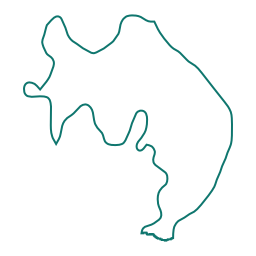 Santo Domingo Oeste, Santo Domingo, Dominican Republic (Equal Earth projection)
{"feature_id": "3306468B81365020570437", "entity_name": "Santo Domingo Oeste", "entity_type": "district", "adm_level": 2, "iso_a3": "DOM", "parent_name": "Dominican Republic", "parent_adm1": "Santo Domingo", "projection": "equal_earth", "projection_center": [-70.016, 18.468], "detail": "fine", "context": "isolated", "style": "outline", "palette": "teal", "viewbox_px": 256, "rotation_deg": 0, "n_neighbors": 0, "source": "geoboundaries", "source_scale": "gbopen_adm2", "svg_char_len": 3450}
<svg xmlns="http://www.w3.org/2000/svg" viewBox="0 0 256 256"><path d="M154.3,21.6L150.7,21.6L148.3,21.2L146.0,20.2L140.8,17.0L138.4,16.1L135.9,15.6L132.0,15.4L129.5,15.6L127.0,16.2L125.8,16.8L123.8,18.5L122.9,19.5L121.5,21.9L120.5,24.6L119.2,31.6L118.4,33.9L113.3,41.2L111.6,42.7L103.8,48.5L96.4,52.4L94.4,53.1L93.4,53.2L91.3,52.8L83.0,48.3L76.9,43.9L72.6,41.1L70.7,39.3L69.1,37.2L67.7,34.7L65.4,27.7L61.7,19.4L61.1,18.3L60.3,17.4L59.3,16.8L58.2,16.4L57.1,16.4L56.0,16.6L54.0,17.7L51.3,20.2L46.9,25.1L46.2,27.2L44.3,34.6L42.6,39.5L42.2,42.1L42.4,43.4L42.7,44.7L43.5,47.1L46.2,52.9L46.9,53.9L47.7,54.7L51.2,57.3L52.7,59.1L53.7,61.4L53.9,62.7L53.9,64.0L53.4,66.5L50.6,74.2L49.5,76.9L48.0,79.4L46.4,81.7L40.1,89.5L36.9,85.9L34.6,83.9L31.9,82.8L29.3,82.4L28.0,82.6L26.8,83.1L25.6,84.1L24.7,85.5L24.2,87.1L24.0,88.7L24.3,91.9L24.8,93.4L25.7,94.7L26.8,95.7L27.9,96.2L31.7,96.8L40.1,96.3L44.1,96.5L46.6,97.1L47.8,97.7L48.8,98.7L49.7,100.0L50.2,101.5L50.6,103.1L51.0,106.5L50.8,125.3L50.9,129.2L51.3,132.9L52.2,136.4L52.8,138.1L56.1,144.0L58.9,139.0L60.0,136.4L60.7,133.4L62.2,125.9L63.2,123.2L64.6,120.8L67.2,118.0L71.5,115.1L73.6,113.4L80.5,106.2L82.8,104.9L85.3,104.4L86.5,104.6L87.7,105.0L88.8,105.7L90.6,107.5L92.0,109.8L92.9,112.6L94.1,120.1L94.8,123.0L95.3,124.3L97.3,127.7L102.0,133.0L103.0,135.2L104.0,138.8L104.9,141.2L105.6,142.2L106.6,143.1L107.6,143.8L108.8,144.3L111.3,144.9L115.3,145.1L119.2,144.8L121.7,144.1L122.9,143.5L123.9,142.6L125.4,140.4L128.7,133.1L129.8,130.5L132.0,123.2L136.2,113.4L137.0,112.4L137.9,111.6L140.0,110.7L142.2,110.7L143.3,111.0L144.4,111.6L145.4,112.6L146.1,113.8L146.9,116.6L147.1,119.5L146.9,124.2L146.4,127.4L145.6,130.5L144.4,133.1L141.3,137.9L138.1,141.8L137.0,144.0L136.7,145.3L136.6,146.6L136.8,148.0L137.5,149.4L138.6,150.3L139.7,150.6L140.7,150.5L141.8,150.1L143.5,148.7L146.6,144.7L148.9,145.2L151.1,146.1L152.1,146.7L153.6,148.5L154.6,150.7L154.9,151.9L154.6,154.2L153.6,157.3L153.2,159.6L153.5,162.1L154.0,163.3L155.4,165.0L165.4,172.5L166.2,173.5L166.8,174.7L167.2,176.0L167.4,178.8L167.1,181.5L166.2,183.9L165.4,184.8L162.1,187.6L159.8,190.5L158.6,193.0L157.9,196.0L157.7,199.2L158.1,203.8L158.9,206.6L160.4,210.1L161.1,212.5L161.3,215.2L161.0,216.5L160.6,217.8L159.0,219.7L154.0,223.3L151.5,224.6L145.0,226.8L143.2,228.3L142.4,229.6L141.9,231.0L141.5,233.3L143.4,233.3L143.4,232.6L146.4,232.6L146.4,233.3L146.9,233.3L146.9,234.0L147.4,234.0L147.4,234.6L149.9,234.6L149.9,234.0L150.4,234.0L150.4,234.6L150.9,234.6L150.9,234.0L152.8,234.0L152.8,234.6L153.8,234.6L153.8,235.3L154.3,235.3L154.3,236.0L154.8,236.0L154.8,236.6L155.3,236.6L155.8,236.6L155.8,237.3L156.8,237.3L156.8,238.0L157.8,238.0L157.8,238.6L160.3,238.6L160.3,239.3L161.8,239.3L161.8,240.0L164.8,240.0L164.8,240.6L166.3,240.6L166.3,240.0L167.8,239.9L167.8,239.3L170.8,239.3L170.8,238.6L172.2,238.6L172.2,238.0L173.1,238.0L173.2,233.6L173.6,229.6L174.2,227.0L174.8,225.7L176.2,223.3L178.0,221.3L179.0,220.6L184.4,217.6L189.5,214.1L194.1,211.7L197.2,209.1L201.1,204.8L208.5,195.5L212.0,190.6L214.3,186.8L215.3,184.3L216.8,179.7L220.2,171.9L222.1,166.2L225.6,158.4L227.5,152.7L229.7,147.6L230.7,144.9L231.1,143.4L231.6,140.4L231.9,135.6L232.0,124.4L231.8,118.1L231.5,115.0L230.8,112.0L229.5,109.1L228.0,106.5L224.4,101.7L214.1,88.7L202.0,73.2L198.2,68.6L195.1,65.7L188.6,61.5L186.7,59.7L180.1,52.9L178.1,51.3L173.6,48.7L171.6,47.1L169.7,45.2L164.2,38.6L160.0,32.7L157.9,29.1L154.3,21.6Z" fill="none" stroke="#0f766e" stroke-width="2"/></svg>